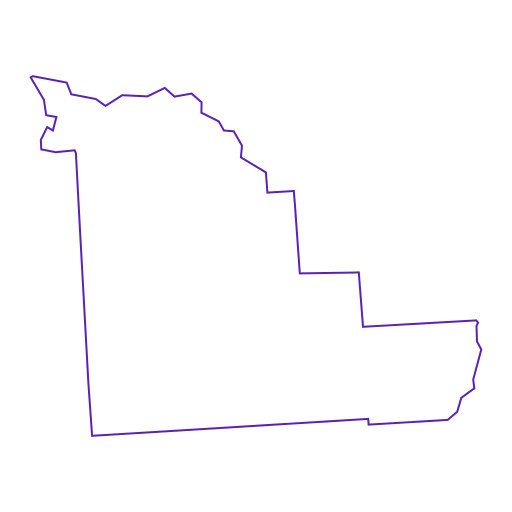 Madison, New York, United States of America (Equal Earth projection)
{"feature_id": "52423323B70020317049433", "entity_name": "Madison", "entity_type": "district", "adm_level": 2, "iso_a3": "USA", "parent_name": "United States of America", "parent_adm1": "New York", "projection": "equal_earth", "projection_center": [-75.672, 42.954], "detail": "fine", "context": "isolated", "style": "outline", "palette": "violet", "viewbox_px": 512, "rotation_deg": 0, "n_neighbors": 0, "source": "geoboundaries", "source_scale": "gbopen_adm2", "svg_char_len": 721}
<svg xmlns="http://www.w3.org/2000/svg" viewBox="0 0 512 512"><path d="M92.1,435.8L368.2,418.9L368.6,424.6L447.7,419.9L457.2,411.8L461.3,397.8L474.3,388.3L473.2,379.6L481.3,349.5L477.0,341.5L476.5,325.8L478.1,322.7L476.2,320.4L363.0,326.8L358.8,272.4L351.4,272.6L299.8,273.4L294.9,204.3L293.8,191.0L267.4,192.6L265.9,172.4L240.9,157.4L242.0,145.7L233.8,131.3L223.9,130.5L218.8,121.4L201.4,112.7L201.6,102.3L191.6,93.6L174.5,96.6L164.8,87.9L147.4,96.4L122.3,95.2L105.5,105.9L95.8,99.0L71.3,94.3L66.7,82.6L32.8,76.2L30.7,77.4L43.9,99.8L46.2,115.2L56.4,117.0L52.9,130.5L47.2,127.1L40.8,139.9L41.3,149.4L55.7,152.2L74.6,150.3L75.9,153.1L79.9,228.5L88.4,383.3L92.1,435.8Z" fill="none" stroke="#5b21b6" stroke-width="2"/></svg>